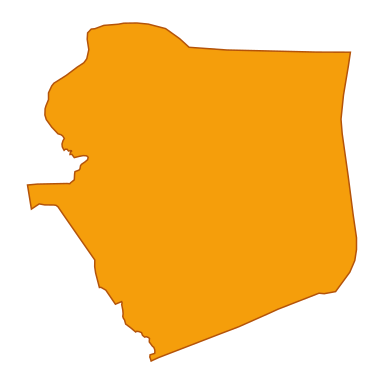 Ashaiman Municipal, Greater Accra, Ghana (Mercator projection)
{"feature_id": "2480657B85535261310615", "entity_name": "Ashaiman Municipal", "entity_type": "district", "adm_level": 2, "iso_a3": "GHA", "parent_name": "Ghana", "parent_adm1": "Greater Accra", "projection": "mercator", "projection_center": [-0.044, 5.699], "detail": "fine", "context": "isolated", "style": "filled", "palette": "amber", "viewbox_px": 384, "rotation_deg": 0, "n_neighbors": 0, "source": "geoboundaries", "source_scale": "gbopen_adm2", "svg_char_len": 1643}
<svg xmlns="http://www.w3.org/2000/svg" viewBox="0 0 384 384"><path d="M218.7,334.4L238.9,326.7L268.6,313.5L278.0,309.2L319.0,293.2L324.2,293.7L335.6,291.6L349.8,272.2L352.9,265.0L354.8,260.5L356.5,249.6L356.5,237.8L353.2,215.1L348.2,176.3L342.2,133.8L341.0,119.2L343.5,95.0L348.4,65.8L350.4,52.2L316.7,52.1L283.0,51.3L226.9,50.0L189.1,47.3L179.8,38.8L165.6,28.6L148.3,24.1L136.9,23.0L123.7,23.2L118.4,24.2L103.8,25.4L94.9,28.7L91.2,29.1L87.6,32.9L87.2,39.2L88.8,49.7L86.8,58.7L85.1,61.1L83.8,62.8L77.1,67.2L66.1,75.5L53.9,83.2L51.7,86.0L48.5,92.9L48.5,99.6L45.9,106.0L45.1,108.8L44.9,115.0L46.3,119.6L51.8,127.2L58.0,133.8L61.2,134.8L62.9,136.2L64.3,138.5L63.0,140.7L62.0,144.0L62.3,146.9L63.3,148.9L64.1,150.3L65.3,149.2L67.2,149.3L68.5,151.0L70.6,150.6L71.4,150.7L71.5,151.5L70.6,151.9L70.2,153.2L70.0,154.5L71.8,154.3L74.3,157.6L79.1,156.4L83.2,155.6L86.6,155.8L88.2,157.3L87.6,159.7L84.9,162.0L81.5,164.3L80.5,165.7L80.0,168.8L79.0,170.1L75.0,171.6L74.6,173.8L74.3,179.8L70.7,182.7L69.8,183.7L67.1,183.5L37.4,184.1L27.5,185.0L31.4,209.1L39.2,203.9L44.7,204.9L53.8,205.0L56.0,205.3L58.0,206.8L63.3,214.6L94.8,260.0L94.7,266.6L95.6,272.9L98.9,285.6L99.4,287.5L100.9,287.3L105.8,290.1L115.4,304.2L121.6,301.6L122.1,303.0L121.7,304.4L122.8,310.1L123.1,313.7L122.8,316.5L123.4,318.3L124.5,319.9L125.7,324.1L129.9,327.2L135.7,332.0L136.7,331.3L139.0,331.6L141.5,332.6L142.5,335.3L144.6,337.1L146.3,336.7L148.4,337.5L149.5,338.5L149.3,340.5L149.3,342.0L152.5,346.3L153.8,347.3L154.7,349.7L154.9,351.2L154.7,353.4L150.1,354.8L149.8,357.1L150.2,358.0L151.1,361.0L158.8,357.5L218.7,334.4Z" fill="#f59e0b" stroke="#b45309" stroke-width="1.5"/></svg>